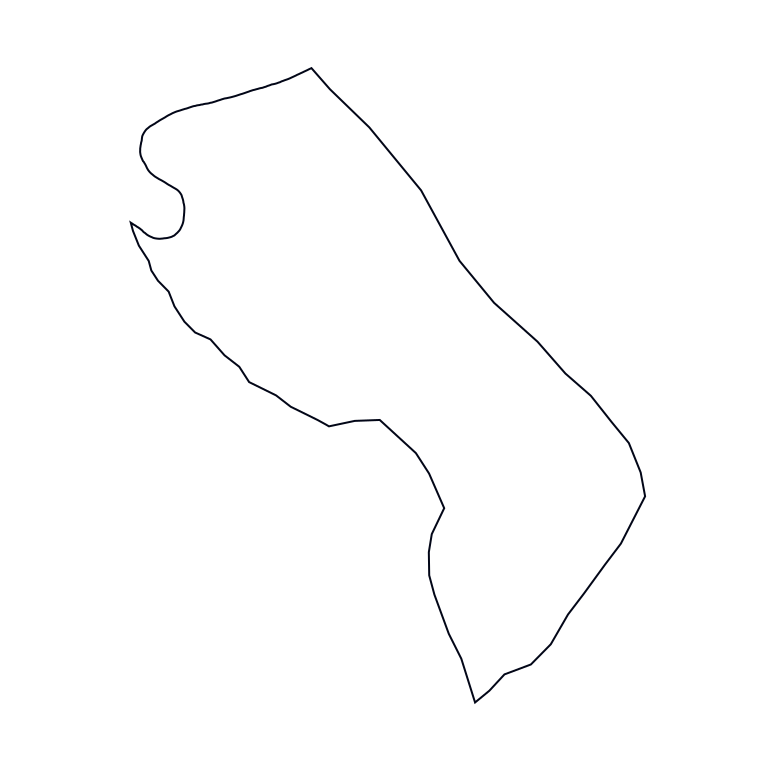 Changsong, P'yŏngan-bukto, North Korea (Equal Earth projection), rotated 8°
{"feature_id": "82179303B23970649452661", "entity_name": "Changsong", "entity_type": "district", "adm_level": 2, "iso_a3": "PRK", "parent_name": "North Korea", "parent_adm1": "P'yŏngan-bukto", "projection": "equal_earth", "projection_center": [125.074, 40.388], "detail": "fine", "context": "isolated", "style": "outline", "palette": "ink", "viewbox_px": 768, "rotation_deg": 8, "n_neighbors": 0, "source": "geoboundaries", "source_scale": "gbopen_adm2", "svg_char_len": 3811}
<svg xmlns="http://www.w3.org/2000/svg" viewBox="0 0 768 768"><g transform="rotate(8 384 384)"><path d="M268.2,81.3L267.3,81.9L266.0,82.7L264.6,83.7L262.9,84.8L261.2,85.9L259.9,86.8L258.6,87.6L257.4,88.4L256.2,89.2L255.0,89.9L253.8,90.8L252.4,91.7L251.0,92.6L249.6,93.5L248.4,94.3L246.9,95.2L245.6,95.9L244.6,96.4L243.4,97.0L242.0,97.8L240.4,98.6L239.0,99.6L237.5,100.3L235.9,101.2L234.3,101.9L232.7,102.5L231.1,103.0L230.7,103.2L230.1,103.6L228.6,104.4L227.1,105.1L225.7,106.0L224.1,106.7L222.4,107.6L220.8,108.1L219.5,108.6L218.0,109.3L216.3,110.0L215.0,110.6L213.4,111.2L211.8,112.0L210.5,112.6L209.5,113.2L207.7,114.1L206.0,115.0L204.6,115.7L203.2,116.4L201.8,117.0L200.0,117.9L198.6,118.6L197.2,119.3L195.4,120.1L194.0,120.7L192.6,121.3L191.0,121.9L189.6,122.4L188.3,122.9L187.6,123.1L186.3,123.5L184.8,124.2L183.5,124.8L182.4,125.4L181.1,126.0L179.8,126.6L178.7,127.2L177.5,127.8L176.2,128.4L174.3,129.3L172.9,129.7L171.5,130.4L170.0,130.9L168.4,131.3L166.8,131.8L165.5,132.4L163.9,132.8L162.6,133.4L161.1,133.8L159.8,134.2L158.6,134.8L157.2,135.2L156.0,135.7L154.6,136.4L153.2,137.1L152.2,137.6L151.1,138.2L149.6,138.9L148.5,139.3L147.3,139.9L146.2,140.4L145.0,141.0L143.8,141.6L142.9,142.0L141.8,142.5L140.9,142.9L139.6,143.6L138.3,144.4L136.8,145.3L135.6,146.2L134.6,146.9L133.4,147.7L132.2,148.6L131.1,149.5L130.1,150.4L128.8,151.4L127.5,152.4L126.3,153.3L125.3,154.1L124.6,154.7L123.6,155.6L122.6,156.4L121.7,157.2L120.8,158.1L119.7,158.9L118.7,159.7L117.8,160.4L117.0,161.0L116.1,161.8L115.4,162.6L114.7,163.4L114.0,164.1L113.3,164.9L112.9,165.5L112.4,166.4L111.9,167.4L111.4,168.5L111.0,169.5L110.6,170.6L110.3,171.5L110.1,172.5L110.1,173.9L110.1,175.0L110.2,176.2L110.1,177.5L109.9,178.8L109.9,180.1L109.8,181.5L109.8,183.3L109.8,184.8L110.0,186.2L110.1,187.3L110.2,188.1L110.4,188.9L110.7,189.9L111.0,190.9L111.4,191.9L112.0,193.0L112.4,193.7L113.0,194.7L113.8,196.0L114.4,196.9L115.4,197.7L116.1,198.7L116.9,199.6L117.6,200.6L118.4,201.8L119.0,202.8L119.9,204.0L120.7,205.0L121.5,205.8L122.6,206.8L124.2,208.0L125.6,208.8L127.0,209.7L128.4,210.5L130.0,211.2L131.4,211.8L132.7,212.4L134.2,212.9L135.8,213.5L137.0,214.0L138.5,214.6L140.0,215.3L141.6,216.1L143.2,216.8L144.9,217.4L146.5,218.1L148.4,218.9L150.2,219.6L151.8,220.3L153.0,221.0L154.2,221.9L155.3,222.9L156.2,223.9L156.8,224.6L157.3,225.3L157.9,226.7L158.6,228.1L159.2,229.3L159.8,230.9L160.2,232.4L160.8,233.7L161.2,234.9L161.6,236.3L161.9,237.8L162.1,239.9L162.3,241.9L162.4,243.9L162.5,244.9L162.5,246.4L162.6,248.0L162.7,249.7L162.6,251.5L162.4,253.1L162.1,254.5L161.7,255.9L161.2,257.4L160.8,258.7L160.4,259.7L159.8,260.8L159.1,261.8L158.3,263.0L157.4,264.0L156.6,265.0L155.7,266.1L154.6,266.8L153.5,267.6L152.4,268.2L151.2,268.7L150.0,269.2L148.9,269.6L147.5,270.0L146.0,270.3L144.8,270.7L143.5,271.0L142.3,271.3L141.0,271.5L139.2,271.6L138.5,271.6L137.2,271.6L135.9,271.5L134.8,271.3L133.6,270.9L132.4,270.6L131.4,270.3L130.3,269.9L129.1,269.4L128.3,269.0L127.2,268.3L126.1,267.6L125.1,267.2L123.9,266.3L123.2,265.6L122.0,264.9L120.9,264.2L119.9,263.7L118.7,263.1L117.2,262.5L116.0,261.8L114.7,261.3L113.7,260.9L112.6,260.3L111.2,259.7L110.8,259.5L114.1,267.3L122.0,281.1L133.9,294.9L137.8,304.0L145.8,313.2L157.9,322.5L165.7,336.3L177.7,350.1L189.8,359.3L206.0,364.0L222.1,377.8L238.3,387.1L250.2,400.9L278.7,410.3L294.8,419.5L323.3,428.9L332.0,432.2L335.4,433.6L360.2,424.6L384.8,420.2L405.0,434.1L425.2,448.0L441.1,466.4L460.9,498.6L452.2,526.0L451.8,544.3L455.4,567.2L463.2,585.5L482.9,622.3L498.8,645.3L518.5,686.7L531.0,673.1L543.7,654.8L568.5,641.3L585.4,618.5L598.3,586.6L611.1,563.8L628.1,531.9L640.8,509.1L658.2,458.9L650.5,435.9L634.7,408.4L614.6,389.9L590.5,366.9L562.2,348.4L530.1,320.7L481.7,288.3L441.6,251.5L393.8,187.1L333.7,131.9L289.4,99.6L268.2,81.3Z" fill="none" stroke="#020617" stroke-width="2"/></g></svg>